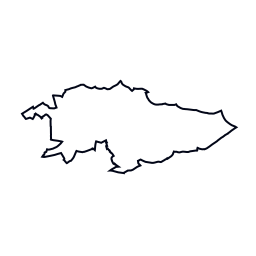 Grebenisu De Campie, Mures, Romania (Equal Earth projection), rotated 189°
{"feature_id": "2599482B22426037258444", "entity_name": "Grebenisu De Campie", "entity_type": "district", "adm_level": 2, "iso_a3": "ROU", "parent_name": "Romania", "parent_adm1": "Mures", "projection": "equal_earth", "projection_center": [24.279, 46.612], "detail": "fine", "context": "isolated", "style": "outline", "palette": "ink", "viewbox_px": 256, "rotation_deg": 189, "n_neighbors": 0, "source": "geoboundaries", "source_scale": "gbopen_adm2", "svg_char_len": 5835}
<svg xmlns="http://www.w3.org/2000/svg" viewBox="0 0 256 256"><g transform="rotate(189 128 128)"><path d="M142.7,173.3L143.1,172.9L145.2,169.4L145.8,169.0L146.6,168.3L148.8,166.8L149.4,166.3L151.4,164.3L152.1,163.7L152.3,163.6L153.9,163.2L154.6,163.1L155.1,163.2L156.2,163.6L157.9,163.9L158.1,163.9L158.8,163.5L159.3,163.1L159.8,162.8L160.3,162.6L160.9,162.5L162.1,162.3L163.3,162.3L164.4,162.4L165.4,162.6L166.2,163.0L166.9,163.7L168.8,162.3L170.0,161.6L170.4,161.5L171.5,161.6L173.2,161.8L175.2,162.3L175.7,162.4L176.9,163.0L177.7,163.4L178.0,163.5L178.5,163.8L181.4,163.3L181.7,163.0L182.8,162.3L184.2,161.4L185.3,160.8L186.1,160.2L186.9,159.8L189.1,158.9L190.6,158.2L192.1,157.3L192.8,156.9L193.6,156.6L195.8,155.6L195.7,155.4L195.6,154.0L196.1,153.3L196.4,152.8L196.9,152.2L197.3,151.0L197.5,149.9L197.9,148.4L198.5,148.6L199.4,149.0L200.2,149.1L200.8,149.0L201.5,149.0L202.7,148.9L207.1,148.5L207.2,148.3L205.3,144.3L204.3,142.1L203.4,139.8L202.7,138.7L201.8,137.0L204.0,135.8L207.8,135.4L208.6,135.4L209.1,135.6L209.5,136.0L210.1,136.9L210.5,137.2L210.9,137.4L211.6,137.7L213.5,138.1L214.1,138.3L214.8,138.7L215.3,139.0L216.0,139.6L218.1,137.7L218.8,137.0L219.5,136.6L223.6,132.7L224.1,132.4L224.3,132.3L225.2,134.1L228.0,131.6L230.6,129.2L234.9,125.5L233.0,123.3L232.4,123.0L232.2,122.8L230.7,121.3L230.4,121.0L230.2,121.0L228.2,122.0L226.5,122.9L223.5,122.0L223.2,122.6L222.7,123.9L222.1,125.7L222.2,127.0L221.5,127.0L221.3,127.7L220.0,126.9L219.4,126.9L216.9,125.7L216.4,125.4L214.8,123.9L214.2,124.6L214.8,125.3L212.7,127.0L211.7,128.2L211.2,128.5L210.9,128.6L209.4,128.1L205.7,125.1L205.7,124.0L205.5,122.2L205.2,120.6L204.8,118.3L204.6,117.5L204.4,117.4L203.3,110.8L203.0,109.4L202.9,108.0L202.7,107.3L202.4,105.6L202.2,105.0L202.2,104.7L202.3,104.5L202.2,104.4L201.4,104.4L199.8,104.3L195.0,104.4L192.1,104.3L191.5,104.3L190.9,104.2L192.1,102.1L193.3,100.6L194.9,98.7L196.4,97.5L197.6,96.8L198.5,96.1L199.3,95.7L200.7,95.1L201.6,94.7L202.2,94.5L202.6,94.3L203.4,94.2L203.8,94.2L204.6,94.3L204.8,93.0L205.0,91.6L206.3,91.0L206.4,90.9L206.5,90.7L206.4,90.6L206.4,89.9L206.5,89.4L206.8,88.3L207.3,88.1L207.4,87.9L208.2,86.2L207.1,86.2L205.7,86.4L201.3,88.0L197.1,89.6L195.9,90.1L193.3,91.4L190.2,92.8L186.7,88.6L186.1,87.7L186.1,87.1L186.2,86.6L186.4,86.4L186.0,86.2L183.8,84.3L183.3,83.9L183.0,83.7L182.8,83.8L181.8,84.8L180.5,86.1L180.1,86.3L179.2,86.7L178.0,88.7L177.3,90.1L176.9,91.2L175.5,96.8L175.3,97.3L174.2,97.1L172.7,97.0L169.6,97.0L169.2,97.0L168.4,97.4L167.5,97.6L165.0,98.9L161.3,101.0L160.0,102.0L159.9,101.7L159.7,101.6L159.4,101.8L159.5,102.1L159.1,102.1L157.6,101.2L157.3,101.0L157.3,101.6L157.4,102.2L157.4,102.9L157.5,104.0L157.6,106.2L157.6,106.8L157.5,109.1L157.4,109.8L156.9,109.8L155.8,109.6L152.5,109.3L152.2,109.2L147.8,112.4L147.4,111.5L147.1,110.9L146.7,110.4L147.3,110.1L146.6,108.7L146.2,107.7L145.8,107.0L146.7,106.6L145.5,104.0L144.8,104.5L144.1,103.8L143.3,103.0L142.9,103.1L141.6,101.6L141.8,101.4L140.6,100.6L140.4,100.7L139.6,100.2L137.8,98.2L138.7,97.5L139.1,96.9L139.4,96.4L139.6,95.7L139.5,95.1L139.3,94.3L139.0,93.9L138.8,93.6L138.8,93.2L138.6,92.9L138.1,92.2L137.6,91.4L137.0,90.7L136.7,90.4L136.0,90.9L135.0,90.3L135.0,89.9L134.2,89.7L131.3,88.3L133.8,87.7L134.2,87.4L134.8,86.8L135.4,86.3L136.1,85.8L136.8,85.2L137.7,84.5L139.0,83.2L138.5,83.3L136.4,83.3L130.9,82.7L129.9,82.7L125.6,82.8L125.3,82.8L125.4,83.0L125.0,83.2L124.3,83.7L121.8,85.7L121.6,85.9L121.3,86.0L118.7,86.5L118.1,86.7L116.6,87.6L113.0,90.9L111.9,91.7L109.9,92.9L110.1,93.1L111.8,94.3L112.3,94.8L113.0,97.1L112.3,97.5L111.8,98.0L110.6,98.8L109.9,98.6L108.8,98.2L107.4,97.8L105.4,97.3L104.4,97.3L102.3,97.3L99.0,97.3L97.7,97.5L96.3,98.0L93.6,99.2L92.7,99.5L90.7,99.5L90.2,99.5L89.7,99.8L87.8,101.4L87.0,102.0L86.3,102.7L85.5,103.2L84.7,104.1L84.5,103.8L84.3,103.7L80.9,106.9L80.6,107.3L80.2,107.9L79.7,108.8L79.5,109.4L79.4,110.5L79.0,111.4L79.0,111.9L77.6,111.9L76.7,112.1L76.0,112.1L75.1,111.9L74.2,111.9L73.6,111.9L72.9,112.1L72.3,112.4L71.1,112.9L70.6,113.1L69.7,113.3L67.9,113.4L65.9,113.5L65.4,113.6L64.5,113.8L63.8,114.2L63.1,114.6L62.6,114.8L61.9,115.0L57.3,116.4L56.4,116.4L56.2,116.5L56.1,117.1L56.3,118.0L56.3,118.8L56.2,119.3L55.7,119.2L54.8,118.9L54.2,118.7L53.6,118.7L52.6,118.6L51.2,118.6L50.9,118.7L50.0,118.9L49.6,119.0L49.5,118.9L49.2,118.9L48.0,119.6L47.2,120.1L46.5,120.7L45.6,121.6L44.8,122.3L42.4,124.8L40.8,126.3L39.8,127.2L37.9,129.0L37.7,129.3L37.5,129.6L35.4,131.8L34.1,133.2L33.1,133.9L32.2,134.9L31.6,135.4L31.2,136.0L29.2,137.6L28.5,138.1L28.5,138.3L27.4,139.4L26.6,140.2L26.4,140.5L25.0,142.0L23.6,143.3L22.8,144.1L21.1,145.6L22.5,146.2L25.6,146.9L27.4,147.6L28.4,148.1L30.5,149.2L31.8,150.0L32.4,150.4L33.2,151.1L34.8,152.9L35.8,154.4L36.8,155.9L37.3,157.0L38.3,159.0L38.7,159.7L41.8,157.7L44.7,156.1L45.2,155.8L45.8,155.6L50.1,155.0L50.4,155.0L51.2,155.0L51.3,155.1L51.5,155.2L52.0,155.2L52.7,155.2L53.6,155.1L54.2,155.1L56.7,155.2L58.1,155.3L60.0,155.6L62.6,156.2L63.0,156.3L63.4,156.4L64.1,156.3L65.0,156.1L66.3,156.0L69.8,155.9L72.4,155.8L74.7,155.6L75.8,155.6L76.4,155.5L76.9,155.5L78.9,155.9L79.8,156.2L82.6,157.3L83.0,157.7L84.2,158.9L84.4,158.7L85.6,158.1L91.1,157.2L93.1,157.4L94.2,157.6L94.8,158.0L95.1,158.0L95.6,157.7L95.9,157.6L97.3,157.2L98.1,156.7L98.4,156.7L99.3,156.5L101.1,156.1L101.6,155.9L103.3,155.6L104.3,155.5L104.9,155.5L106.5,155.8L108.9,156.7L109.9,157.3L110.9,158.1L111.6,158.6L111.9,159.0L112.7,160.0L113.5,160.8L113.8,161.2L114.3,162.1L114.5,162.5L115.1,163.7L115.6,164.9L116.0,165.5L115.0,165.8L113.7,166.6L114.6,167.2L116.0,167.8L118.8,168.7L120.2,169.0L120.8,168.9L121.4,168.8L123.7,168.3L124.9,168.1L126.2,168.0L128.3,168.1L128.3,167.1L129.8,165.3L130.7,165.8L133.4,167.9L134.0,168.2L135.1,168.4L136.9,168.8L139.3,169.8L140.2,170.3L141.3,171.5L141.6,172.2L141.9,172.6L142.3,173.0L142.7,173.3Z" fill="none" stroke="#020617" stroke-width="2"/></g></svg>